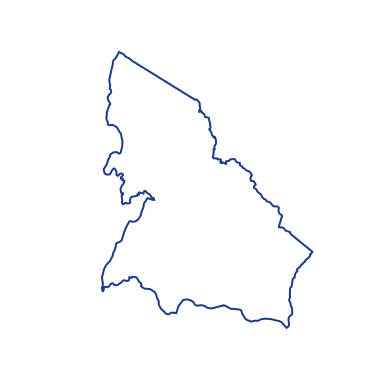 the district of Abangares, Guanacaste, Costa Rica, rotated 79°
{"feature_id": "36466004B17800837418236", "entity_name": "Abangares", "entity_type": "district", "adm_level": 2, "iso_a3": "CRI", "parent_name": "Costa Rica", "parent_adm1": "Guanacaste", "projection": "orthographic", "projection_center": [-85.008, 10.251], "detail": "fine", "context": "isolated", "style": "outline", "palette": "blue", "viewbox_px": 384, "rotation_deg": 79, "n_neighbors": 0, "source": "geoboundaries", "source_scale": "gbopen_adm2", "svg_char_len": 6113}
<svg xmlns="http://www.w3.org/2000/svg" viewBox="0 0 384 384"><g transform="rotate(79 192 192)"><path d="M250.2,103.3L247.6,107.6L245.3,108.7L244.2,109.8L243.9,110.6L243.6,112.5L243.1,113.3L242.3,113.3L240.8,112.4L238.0,111.0L237.7,110.7L235.0,109.6L234.0,108.6L233.1,108.2L232.0,108.2L230.0,110.2L228.9,110.6L226.3,110.6L224.4,109.8L223.6,109.9L222.8,110.6L222.4,111.2L221.7,114.5L220.3,115.6L217.1,117.3L215.6,120.0L215.0,120.7L214.1,120.9L213.4,121.2L213.0,121.8L212.8,122.4L211.4,123.6L207.8,124.7L204.1,127.7L201.3,128.5L200.1,130.3L199.4,130.3L198.2,130.0L197.8,129.5L197.1,128.1L196.6,128.1L195.6,128.3L193.2,129.4L192.9,130.0L192.5,131.7L191.6,132.2L190.9,132.2L188.7,131.6L187.2,130.1L186.4,130.1L185.4,130.7L184.1,130.9L183.5,131.3L182.7,132.0L181.6,134.0L179.8,135.6L178.8,136.3L178.0,137.5L176.2,138.2L174.8,139.8L172.5,139.5L171.9,141.4L170.8,142.6L167.7,144.0L167.3,148.2L168.6,150.0L168.3,152.5L170.3,153.0L171.0,153.3L171.0,153.5L169.7,154.6L169.0,155.7L169.4,156.8L169.1,158.2L168.3,158.4L167.6,158.3L167.4,157.5L165.7,157.6L165.2,158.0L165.1,160.1L164.8,160.5L163.8,160.9L163.8,161.8L163.4,162.5L163.1,164.3L161.8,165.0L159.3,163.7L157.9,163.5L156.7,162.9L154.3,162.8L154.4,161.6L152.5,161.6L152.1,161.5L150.4,160.4L149.5,159.5L148.5,159.0L145.5,158.7L143.8,158.7L142.3,159.1L142.2,159.2L143.0,159.8L142.3,160.4L141.5,160.6L140.5,161.2L139.4,161.6L137.0,161.6L134.3,163.0L133.7,163.0L133.6,162.3L133.2,161.9L132.2,161.7L131.3,161.3L129.3,161.5L128.0,160.9L127.5,161.3L126.5,161.2L125.2,161.5L122.2,161.5L122.0,162.2L121.4,163.1L121.2,164.2L120.6,165.0L118.7,165.1L117.7,165.4L116.8,166.1L116.4,166.9L114.5,167.3L114.7,169.5L113.0,169.4L113.0,168.3L112.3,168.3L110.7,167.8L108.5,168.0L107.2,167.6L106.3,167.6L104.8,168.0L103.7,168.9L102.3,169.5L102.0,169.7L102.0,171.5L51.4,226.2L48.8,228.2L46.8,230.9L45.9,231.8L45.0,232.0L44.0,232.7L42.4,234.5L41.8,235.6L40.6,236.9L46.4,241.6L47.3,243.4L48.7,244.6L52.4,245.7L54.6,246.9L64.8,251.2L65.5,251.7L68.8,252.1L72.4,252.0L73.3,252.7L74.7,253.0L75.4,252.9L76.1,252.2L78.3,252.2L79.7,253.2L81.0,255.1L82.9,256.7L86.1,256.7L88.5,255.8L90.1,255.4L90.5,256.1L91.0,256.6L94.2,258.4L95.6,259.4L96.6,259.7L98.0,260.6L99.6,260.6L101.6,261.6L103.1,262.0L105.2,262.0L106.7,261.3L109.0,261.6L110.2,261.4L110.4,260.5L110.9,259.7L110.8,257.4L113.4,254.0L115.3,252.9L119.6,251.6L120.5,250.9L121.4,250.7L126.6,250.7L127.5,250.5L128.7,250.5L134.5,252.0L138.2,253.9L139.5,254.4L140.5,255.6L140.4,256.4L138.5,258.2L138.2,259.8L138.2,261.9L139.5,264.8L140.3,265.4L141.4,265.7L142.0,266.1L144.6,268.3L148.5,270.3L152.9,274.4L156.8,274.2L157.8,273.7L158.3,273.0L159.0,270.6L158.7,268.8L157.0,267.7L154.9,265.7L154.1,264.6L154.0,263.9L154.5,263.4L157.2,262.4L158.8,262.4L160.5,262.9L161.3,262.7L161.9,261.5L160.3,259.0L160.3,258.2L160.6,257.2L161.5,256.4L162.0,256.4L162.5,256.9L163.4,257.9L164.0,259.0L164.4,259.2L165.4,259.1L165.4,258.3L165.7,257.6L166.0,257.5L166.7,258.0L167.2,258.1L167.5,257.8L168.0,256.3L169.0,256.5L170.6,257.5L172.2,259.4L174.6,261.3L176.1,261.7L178.4,261.7L179.4,261.5L179.9,260.1L180.8,260.0L181.1,260.1L181.5,261.5L182.9,261.9L186.8,262.0L188.8,262.8L190.1,262.6L190.8,262.0L190.7,261.0L189.9,259.7L189.8,259.3L191.0,257.8L191.0,254.9L189.6,254.3L188.9,254.6L188.1,254.6L186.4,253.6L185.5,252.7L185.2,252.1L185.2,250.8L185.4,247.1L185.0,246.6L184.0,246.1L184.1,245.8L184.7,245.4L184.5,244.5L183.1,244.6L182.4,244.3L182.5,243.5L182.8,242.8L184.3,239.9L182.9,239.4L182.0,238.7L181.9,238.0L182.1,237.6L185.2,235.5L186.3,234.0L188.4,233.1L189.4,232.9L190.7,230.8L192.5,230.7L192.4,231.6L190.9,234.6L189.6,236.4L189.6,237.1L192.4,239.6L193.9,241.2L198.7,243.1L200.4,244.5L205.3,246.9L207.2,248.6L209.0,250.6L210.0,253.1L210.0,255.3L209.6,256.7L208.9,258.0L208.9,258.8L209.2,259.6L211.0,260.7L211.9,261.8L213.6,262.8L214.6,263.9L217.3,265.3L218.5,266.3L221.0,267.5L226.3,270.5L227.2,272.7L227.8,275.7L228.3,276.3L231.8,277.7L234.9,279.5L236.9,281.0L240.4,282.6L242.1,284.3L244.0,285.4L245.9,288.4L247.5,290.2L250.0,292.4L251.1,293.1L256.1,295.4L257.9,296.3L258.3,296.7L265.0,297.0L267.3,297.6L268.9,298.8L273.0,298.7L272.0,298.3L271.4,297.8L270.9,297.0L268.8,297.0L268.7,296.7L268.6,294.7L269.2,293.3L269.1,292.1L268.6,291.2L267.1,289.7L266.4,288.2L266.5,287.2L266.8,286.8L268.2,286.2L268.6,285.6L269.2,283.6L268.8,282.2L268.1,280.8L267.8,279.3L266.4,277.6L265.7,276.5L265.7,275.8L266.3,274.1L266.9,273.1L266.7,270.9L266.5,270.6L263.7,269.8L263.7,269.5L264.8,268.1L264.6,267.5L263.8,266.8L264.4,264.6L264.9,263.5L265.6,262.6L269.9,261.0L271.9,259.5L273.6,259.3L274.1,259.9L274.9,259.9L275.8,259.3L277.8,257.0L279.3,251.7L283.4,247.4L286.4,246.7L288.2,246.7L289.7,246.4L292.5,245.6L293.8,245.6L295.8,246.1L296.9,246.0L300.9,244.6L301.7,244.1L303.9,242.2L305.2,241.7L306.8,240.5L307.5,238.8L307.5,238.0L306.6,235.9L306.6,234.5L307.1,233.5L307.2,232.3L308.0,230.6L302.5,227.6L300.7,226.4L300.0,225.3L299.0,224.5L297.9,222.7L296.5,221.8L296.3,220.0L296.5,217.1L298.3,213.7L298.7,213.4L299.6,212.3L301.2,211.2L302.7,210.8L303.9,210.0L304.5,208.5L304.7,207.4L304.7,205.4L305.7,202.3L306.4,201.6L306.9,200.5L308.0,199.8L308.5,199.1L309.1,197.9L309.6,196.3L310.1,195.2L309.9,193.4L310.0,191.9L309.7,190.7L309.7,188.0L309.3,186.0L309.6,183.6L309.1,182.9L309.9,181.2L314.0,176.3L315.0,172.3L316.7,167.2L317.6,166.4L321.3,165.8L326.5,163.9L327.9,162.6L330.0,159.5L330.5,158.4L330.3,155.5L330.5,153.9L331.0,152.5L330.8,150.8L330.1,148.4L330.3,144.7L330.4,143.6L331.4,140.7L332.1,137.9L333.5,135.5L335.1,131.5L336.6,129.1L343.4,125.1L342.1,122.6L340.5,122.0L335.6,121.6L333.7,120.9L332.4,119.6L331.4,117.3L330.5,116.9L325.8,116.0L325.0,116.0L324.2,116.1L323.2,116.7L319.2,116.6L318.4,117.0L317.2,117.3L315.4,116.8L313.8,115.8L311.2,115.5L305.4,114.1L304.7,113.7L304.1,112.5L303.7,112.3L297.2,109.9L296.5,109.5L295.2,107.3L294.1,107.3L291.6,105.9L290.9,105.4L289.9,103.7L288.0,103.8L287.7,103.4L287.1,102.0L285.7,99.9L285.1,99.1L284.1,98.4L283.9,97.3L282.6,96.1L282.3,94.8L281.4,94.3L280.4,93.2L280.2,92.5L279.4,91.6L278.7,89.8L277.5,88.9L277.1,88.0L275.7,88.0L275.5,87.2L273.7,85.2L251.8,103.4L250.2,103.3Z" fill="none" stroke="#1e3a8a" stroke-width="2"/></g></svg>